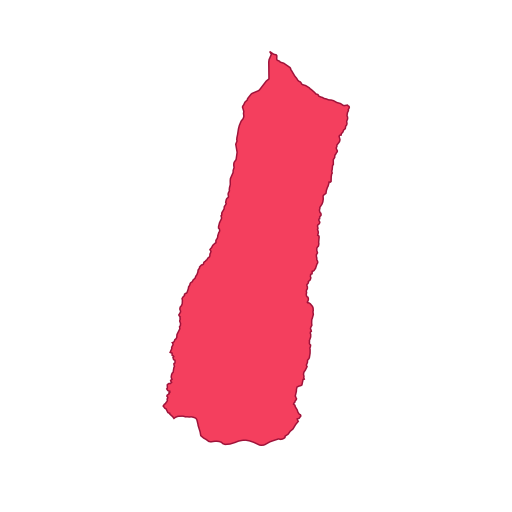 Brasilândia, Mato Grosso do Sul, Brazil (Albers equal-area conic projection), rotated 62°
{"feature_id": "56859067B25661728883389", "entity_name": "Brasilândia", "entity_type": "district", "adm_level": 2, "iso_a3": "BRA", "parent_name": "Brazil", "parent_adm1": "Mato Grosso do Sul", "projection": "albers", "projection_center": [-52.472, -21.061], "detail": "fine", "context": "isolated", "style": "filled", "palette": "rose", "viewbox_px": 512, "rotation_deg": 62, "n_neighbors": 0, "source": "geoboundaries", "source_scale": "gbopen_adm2", "svg_char_len": 6158}
<svg xmlns="http://www.w3.org/2000/svg" viewBox="0 0 512 512"><g transform="rotate(62 256 256)"><path d="M426.7,336.7L426.6,331.0L427.1,327.6L428.1,321.9L429.4,320.5L430.0,318.7L430.1,317.2L429.9,315.7L428.7,314.8L428.4,311.3L426.8,308.1L426.1,304.6L423.4,300.1L421.8,296.3L420.2,296.4L419.1,296.0L419.6,294.2L418.3,291.5L417.1,291.3L416.3,291.9L415.3,292.2L413.4,292.3L411.3,291.9L407.2,292.1L406.1,291.7L404.4,292.4L403.6,291.4L403.3,290.3L402.5,289.7L401.7,287.8L401.0,287.2L400.2,287.3L399.3,287.1L398.1,287.1L394.2,283.7L393.0,283.1L391.0,281.4L391.0,279.4L391.5,277.2L391.4,276.0L387.1,272.4L387.4,271.2L385.7,270.9L384.7,270.1L383.0,269.7L381.8,268.9L381.1,268.3L379.9,266.0L377.6,262.8L376.5,262.9L375.7,262.5L374.2,260.6L372.2,259.4L371.5,257.5L370.8,256.6L367.2,253.9L364.1,252.2L362.5,251.7L361.8,250.7L360.3,249.6L359.1,250.0L357.9,249.8L356.9,249.0L356.0,248.8L353.1,245.7L350.9,244.5L349.5,244.3L348.6,243.5L348.5,242.5L347.1,242.1L346.3,242.2L345.5,241.9L344.5,240.9L343.4,239.2L341.4,238.4L338.3,236.6L337.7,235.8L334.5,232.8L332.0,231.9L331.1,231.1L328.7,230.0L327.0,229.8L323.7,230.5L322.1,231.4L321.7,232.2L320.9,232.4L319.6,230.7L318.7,230.0L317.9,229.7L316.8,229.5L315.9,230.1L315.1,230.2L313.1,229.5L312.3,228.6L310.9,228.2L309.7,227.3L309.1,226.1L308.3,225.6L307.4,225.1L306.1,225.0L305.1,224.5L304.6,222.9L304.1,222.2L303.1,221.8L302.7,219.7L302.0,218.8L301.0,217.8L299.8,217.7L297.9,216.4L298.0,214.8L295.9,213.6L296.2,212.3L295.9,211.2L295.3,210.3L295.1,209.5L291.8,206.1L291.2,205.0L290.5,204.4L289.5,204.1L287.8,204.1L286.2,203.2L285.3,203.1L283.3,202.2L282.1,200.2L279.8,199.8L277.7,198.7L276.9,197.4L276.6,196.3L275.7,195.5L274.6,194.7L273.4,194.3L268.8,191.3L267.6,191.1L266.6,191.8L264.9,190.2L264.0,189.7L261.3,189.2L260.7,188.3L258.3,187.6L257.6,186.8L257.4,185.6L257.0,184.7L256.3,183.9L255.4,183.7L254.1,183.8L253.0,183.3L253.0,182.3L251.2,181.3L250.7,179.6L249.6,178.9L248.6,178.7L247.7,179.1L245.8,178.7L244.9,178.2L244.2,177.4L243.1,176.9L241.1,173.3L239.6,171.6L237.3,169.9L234.5,168.6L234.0,167.7L233.5,164.8L231.3,163.2L228.9,160.7L228.2,159.6L226.0,157.5L225.0,156.8L225.7,155.6L225.4,154.7L221.2,152.3L219.0,150.6L218.6,149.8L216.4,149.2L215.8,148.4L212.0,145.9L211.6,144.8L207.2,142.5L205.9,140.2L204.8,139.6L203.9,138.8L203.4,137.6L202.6,136.6L202.1,135.3L201.3,134.8L198.9,134.7L198.0,134.2L197.3,133.2L196.1,132.6L194.3,128.7L193.4,127.8L192.5,127.2L189.2,126.4L188.7,125.4L189.2,124.0L188.1,123.3L187.4,121.2L185.9,119.5L185.5,117.4L183.5,115.9L182.9,114.5L181.8,113.5L179.8,112.8L179.2,112.3L178.4,111.2L177.4,110.4L176.2,109.9L174.9,109.8L174.0,109.2L172.2,107.8L171.1,106.2L170.0,105.8L169.3,104.6L168.5,103.8L167.6,103.6L166.7,104.2L165.7,104.4L164.6,107.6L163.8,108.4L161.1,109.8L158.4,112.6L155.3,114.6L153.6,116.4L152.2,118.6L150.2,120.3L149.0,121.8L147.1,123.0L146.1,124.1L144.3,125.5L142.6,125.5L141.8,126.2L141.2,127.0L139.1,127.5L134.8,129.1L134.1,129.6L132.5,130.0L128.9,132.1L126.6,134.4L125.9,134.8L125.1,135.0L124.1,134.9L123.0,135.2L122.0,136.0L120.5,136.6L118.2,136.7L115.4,137.3L108.7,137.6L107.7,137.8L106.6,137.4L105.6,137.5L98.8,141.0L96.3,143.5L95.0,143.8L93.2,145.3L92.1,145.4L89.0,143.6L87.9,143.7L86.1,145.7L81.9,147.9L85.2,147.8L88.8,152.3L90.8,153.7L105.7,161.4L106.4,164.9L111.0,175.0L111.2,176.3L110.6,183.1L110.8,184.3L112.8,188.9L113.4,189.9L114.1,190.3L115.0,193.6L116.9,196.1L117.3,197.1L118.1,198.0L122.6,198.9L124.4,200.2L125.9,200.7L127.2,201.3L128.7,202.9L129.8,205.5L130.5,206.5L132.9,209.4L135.5,211.8L140.2,215.3L142.3,217.1L144.4,218.5L145.5,218.7L147.8,221.4L155.6,224.0L161.5,228.3L163.0,231.3L164.3,232.4L165.8,233.2L167.6,233.8L169.7,236.0L171.5,237.0L175.6,242.2L177.4,243.4L180.9,245.2L183.2,247.3L184.8,248.4L186.0,248.9L187.5,251.0L188.3,251.6L190.4,252.3L191.1,252.8L191.6,254.8L192.2,255.7L193.8,257.1L194.6,257.7L195.7,257.7L196.5,258.8L197.5,260.8L199.5,262.1L201.6,265.6L202.2,266.2L203.1,266.6L203.9,267.2L204.1,268.0L205.9,268.4L206.8,268.9L209.5,272.6L212.5,275.3L213.8,276.0L214.7,275.6L216.5,276.1L217.3,276.8L217.8,277.8L220.2,280.3L221.1,280.8L222.3,282.0L222.9,283.3L223.6,284.2L225.5,285.2L225.5,286.3L226.3,289.2L227.9,291.5L228.2,292.6L228.8,293.7L230.7,293.5L232.0,294.8L232.6,295.7L234.1,296.6L234.9,297.4L235.3,299.6L236.3,301.1L236.4,302.2L236.9,303.2L236.9,304.4L237.3,305.2L238.3,306.0L238.7,307.1L238.3,308.3L239.2,311.0L240.1,311.5L241.2,313.7L242.9,314.9L244.7,316.9L245.6,318.7L247.0,320.2L247.7,322.9L248.4,323.7L248.8,324.5L249.0,326.4L249.6,327.3L250.3,327.8L251.0,328.8L251.6,330.0L253.1,331.1L255.7,333.9L256.2,334.8L255.9,335.8L256.2,337.1L257.3,337.7L258.0,339.9L258.9,341.3L260.6,341.8L263.6,343.6L264.9,345.2L265.4,346.7L266.3,347.6L267.2,348.2L269.3,348.5L270.1,349.0L271.8,351.8L272.6,351.9L274.3,351.5L275.0,352.3L276.1,352.4L276.8,353.3L277.6,353.9L280.2,354.3L282.0,355.5L282.5,356.7L284.5,357.4L288.2,362.6L290.8,364.3L291.7,365.9L291.7,366.8L293.1,368.4L293.4,369.5L293.2,370.6L294.2,370.5L295.4,370.9L296.6,372.8L297.3,373.5L298.2,373.8L300.8,377.1L302.4,375.7L304.3,376.7L305.2,376.0L306.3,375.9L306.5,376.9L308.8,377.4L310.0,376.5L311.7,377.3L312.5,378.0L312.4,378.9L313.3,379.4L315.3,379.9L316.1,381.0L319.8,383.8L320.1,385.0L321.0,386.1L322.7,387.5L323.7,387.9L325.5,388.1L325.7,389.8L326.6,390.0L327.9,389.8L328.4,391.6L327.7,392.6L327.8,394.0L328.1,394.9L330.4,395.9L331.1,396.4L331.4,397.2L332.9,397.1L334.1,396.7L334.9,395.6L336.0,396.1L336.0,397.2L336.8,397.3L337.2,399.8L337.9,400.5L339.3,400.2L340.0,400.7L340.6,401.7L341.9,402.0L342.8,403.2L343.1,404.2L343.9,405.3L343.8,406.3L344.9,408.4L347.8,407.9L348.7,407.2L352.8,407.3L353.8,406.7L354.3,406.0L355.2,406.3L358.8,405.0L360.9,404.7L360.6,403.0L360.9,400.2L362.7,396.4L363.5,395.2L364.9,393.8L365.6,392.3L366.9,390.4L367.6,388.6L369.2,386.8L370.7,385.5L371.9,385.1L373.3,385.2L377.2,386.2L378.6,386.7L385.0,387.9L388.7,389.1L392.2,387.7L394.5,386.2L397.5,384.8L398.9,383.1L400.1,379.7L401.0,377.8L402.6,375.5L404.1,374.1L406.2,373.3L407.9,371.7L409.8,367.2L410.8,362.0L411.2,358.4L411.9,356.0L412.6,353.9L413.9,351.4L416.1,348.6L419.4,345.5L424.6,341.6L425.6,340.2L426.5,338.1L426.7,336.7Z" fill="#f43f5e" stroke="#9f1239" stroke-width="1.5"/></g></svg>